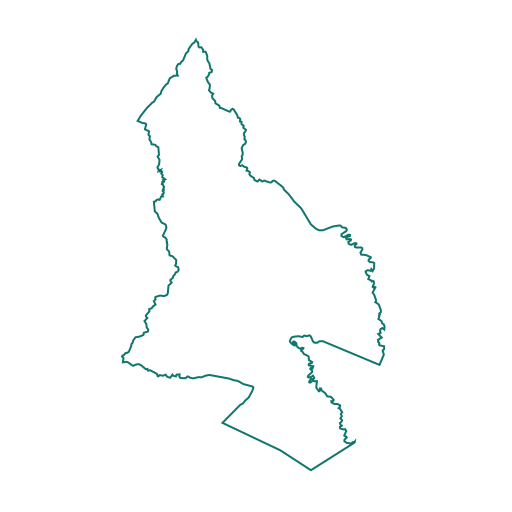 El Cantón Del San Pablo (Managrú), Chocó, Colombia (Albers equal-area conic projection), rotated 21°
{"feature_id": "7082276B94568538347754", "entity_name": "El Cantón Del San Pablo (Managrú)", "entity_type": "district", "adm_level": 2, "iso_a3": "COL", "parent_name": "Colombia", "parent_adm1": "Chocó", "projection": "albers", "projection_center": [-76.776, 5.377], "detail": "fine", "context": "isolated", "style": "outline", "palette": "teal", "viewbox_px": 512, "rotation_deg": 21, "n_neighbors": 0, "source": "geoboundaries", "source_scale": "gbopen_adm2", "svg_char_len": 6141}
<svg xmlns="http://www.w3.org/2000/svg" viewBox="0 0 512 512"><g transform="rotate(21 256 256)"><path d="M167.0,397.9L168.9,398.8L169.8,403.0L173.0,401.2L174.3,401.1L180.6,402.6L182.5,400.6L185.2,399.0L187.6,399.1L193.9,401.2L195.1,400.3L196.3,401.7L198.1,400.6L205.6,401.5L207.4,403.5L208.1,403.2L208.6,401.8L212.1,401.1L214.1,399.2L216.4,400.6L219.5,400.4L220.5,396.7L221.7,397.5L224.4,397.1L224.4,395.2L227.1,393.9L227.6,396.0L229.2,397.0L234.0,395.4L235.3,392.9L238.5,393.2L241.2,392.8L245.7,389.7L248.6,388.8L251.9,385.7L255.3,383.7L274.6,380.1L280.1,379.9L283.7,379.1L290.1,380.1L299.6,379.1L300.7,379.7L300.9,383.1L299.9,390.8L297.8,394.7L296.6,398.4L294.7,400.5L284.5,423.8L348.3,428.7L384.0,436.3L414.9,394.8L414.7,393.8L414.4,394.6L413.1,395.0L412.2,396.9L407.8,398.0L404.8,397.2L404.4,395.7L405.8,393.0L405.1,392.3L403.3,392.3L402.7,391.9L403.0,387.0L401.1,385.7L399.8,386.6L396.3,386.8L395.6,385.3L396.9,383.7L395.4,383.2L394.2,381.8L395.2,380.2L395.3,378.5L393.0,377.4L393.6,374.9L391.8,373.1L392.5,371.0L389.5,368.8L387.7,368.4L388.5,366.6L388.0,365.3L384.9,365.0L382.5,366.1L379.1,365.7L378.3,364.6L380.2,363.4L380.0,362.4L376.4,360.6L372.8,361.5L369.9,359.3L365.1,357.9L364.3,356.4L363.2,356.7L363.7,359.4L363.2,359.8L359.4,357.3L357.7,351.0L355.8,351.9L353.8,351.9L352.0,354.8L351.1,354.9L350.7,354.2L351.4,351.0L353.8,350.4L354.0,348.9L352.1,347.3L350.9,349.0L349.1,350.4L347.7,350.3L347.6,349.1L350.0,344.2L349.5,342.9L347.4,342.2L347.0,341.6L347.4,340.8L349.1,340.6L349.0,338.4L344.6,339.1L344.1,338.7L344.2,337.4L346.4,336.0L346.5,334.9L342.7,334.2L341.4,331.3L340.6,330.7L335.8,330.3L333.7,328.7L332.1,328.4L331.8,327.4L333.3,325.7L333.3,325.0L332.1,325.1L330.6,326.4L329.4,326.8L326.3,325.6L324.8,322.9L322.6,322.1L321.5,322.5L321.4,323.5L323.8,324.3L324.2,325.5L323.7,325.8L320.7,325.1L318.3,323.8L318.1,321.1L318.6,319.1L320.4,317.7L324.3,315.7L328.5,314.9L329.5,313.0L332.0,312.7L334.4,310.9L336.0,311.5L339.8,315.3L341.5,316.0L344.4,315.0L345.6,313.0L348.8,311.6L410.3,313.4L410.7,302.3L408.1,298.9L409.0,296.9L407.9,294.4L403.4,295.1L402.6,294.5L402.4,293.1L400.7,292.3L400.7,291.4L399.9,290.5L402.6,287.1L398.1,285.0L399.9,283.2L398.8,281.8L398.4,279.7L399.8,278.0L402.1,278.7L401.4,276.0L399.9,274.1L398.1,273.7L396.3,271.7L392.8,270.9L392.9,268.5L392.1,267.7L392.7,266.3L391.7,265.6L392.7,263.5L391.7,261.4L387.9,257.2L383.9,256.3L384.2,255.1L383.8,254.1L380.5,250.1L378.0,248.5L378.7,242.4L377.9,242.3L377.0,243.4L375.9,243.0L376.0,239.6L375.1,237.5L373.9,237.3L373.1,238.3L372.0,237.5L369.1,237.3L369.1,234.1L366.5,233.8L364.1,231.8L363.9,230.9L365.4,229.2L368.5,228.7L368.4,227.0L370.3,228.2L370.4,226.1L370.8,225.6L368.9,220.2L367.2,220.0L364.6,220.9L362.9,220.3L362.5,218.9L363.6,217.1L363.6,216.0L358.2,215.7L353.7,217.0L352.3,215.4L353.0,211.9L352.4,210.6L351.2,210.3L346.8,212.1L345.2,212.1L344.5,211.0L345.5,208.6L345.2,208.2L343.8,208.4L340.8,211.5L338.1,211.4L337.1,209.7L338.9,207.5L338.8,206.5L337.6,206.5L334.6,208.0L333.6,206.9L333.9,206.0L336.5,203.7L336.1,202.6L334.5,203.1L331.2,207.0L328.6,206.7L328.0,205.0L331.5,200.1L331.2,198.6L329.7,197.6L326.1,198.4L324.0,197.3L322.3,197.9L316.9,201.1L309.4,207.9L306.1,209.3L302.7,209.2L296.0,206.9L281.3,195.4L272.2,191.5L264.4,186.6L258.2,184.0L257.0,182.4L255.3,181.7L246.2,179.0L244.6,180.0L244.0,181.7L242.3,182.5L236.8,182.6L235.2,184.2L231.8,183.4L230.8,185.8L230.2,186.0L227.2,185.5L226.3,184.0L221.6,182.9L220.5,182.0L220.3,180.0L218.1,179.4L216.6,179.7L216.5,177.4L215.9,176.7L213.0,176.9L210.8,176.2L209.1,177.6L207.6,177.4L207.1,176.3L208.4,170.6L206.9,167.9L207.2,166.4L206.7,164.5L203.9,160.3L204.3,156.9L205.6,155.3L205.8,153.3L204.8,151.7L203.3,151.1L202.7,148.6L201.2,147.2L200.8,145.4L201.6,142.6L201.4,141.8L198.2,140.8L197.8,138.8L195.2,138.1L194.4,135.9L192.8,136.2L192.2,133.7L190.8,133.1L189.4,133.3L188.0,131.2L182.5,127.1L181.3,127.0L180.3,128.5L180.1,130.5L179.1,130.8L170.8,130.3L169.3,130.7L167.9,128.8L163.4,128.0L162.4,126.0L158.6,124.2L157.5,121.8L157.9,119.8L155.4,119.6L152.7,118.2L152.6,116.0L151.6,112.6L148.7,110.8L145.7,107.5L146.7,105.7L147.1,103.1L146.7,101.8L148.7,100.1L148.4,98.1L146.4,97.6L143.4,92.8L141.0,91.2L139.9,89.7L138.8,86.7L136.1,83.7L135.5,83.4L133.4,84.3L132.8,82.5L130.2,80.7L128.3,81.6L127.3,81.2L125.5,77.4L123.1,76.6L122.4,75.7L121.9,78.8L120.5,80.8L118.9,87.0L119.5,88.9L118.0,91.9L117.8,99.5L116.5,102.0L116.4,103.7L114.7,104.6L114.1,106.9L114.4,109.7L116.3,112.2L117.1,114.6L118.3,115.6L114.7,117.2L111.8,121.1L111.8,126.3L110.6,128.1L109.2,132.4L108.6,136.1L108.9,138.7L106.3,143.1L105.5,148.4L104.2,150.0L101.1,156.9L98.2,166.3L97.1,172.3L102.3,172.5L105.0,171.9L106.3,172.3L106.9,177.5L111.5,177.9L112.1,181.3L114.1,182.3L114.6,185.2L117.4,187.4L118.4,189.1L122.1,188.3L123.5,189.2L125.8,189.4L129.2,196.4L128.5,198.4L131.5,200.8L132.7,205.2L132.3,208.8L133.5,209.9L134.6,210.1L134.6,211.5L136.4,209.5L136.4,211.3L137.5,210.7L138.3,211.2L138.0,212.9L139.9,213.9L140.2,216.1L143.6,216.9L142.2,218.2L143.5,218.8L143.5,219.6L142.4,219.7L142.0,220.5L143.0,222.0L141.5,222.5L143.2,222.8L145.4,224.4L145.3,225.6L145.9,226.4L145.3,227.2L146.3,228.0L145.7,228.9L147.1,229.6L147.2,231.4L146.4,232.2L147.8,233.7L146.2,234.4L145.9,238.1L144.0,238.4L142.8,239.8L142.8,240.8L141.2,241.9L145.6,250.7L148.7,251.8L151.9,255.5L155.9,258.6L159.6,258.9L160.8,259.5L162.1,261.4L162.3,263.7L161.8,270.5L163.0,271.2L164.7,271.3L166.7,272.7L167.1,274.0L168.0,274.8L168.1,276.0L169.1,276.9L170.2,281.5L173.3,283.0L175.1,286.4L178.3,286.2L183.0,288.4L184.1,291.8L184.0,293.8L184.9,294.3L187.2,294.3L188.6,296.2L188.8,297.3L188.1,299.3L186.9,300.1L186.8,302.4L185.9,304.4L186.3,305.9L184.7,308.9L184.8,309.7L186.8,311.1L184.9,315.0L186.9,321.9L187.0,323.9L184.8,326.3L180.6,327.3L176.9,330.2L176.9,331.3L177.8,332.6L176.8,334.6L179.6,337.4L177.8,340.1L177.4,342.1L175.3,343.9L176.3,345.7L174.5,351.0L175.2,352.1L176.8,352.8L175.2,356.7L178.1,358.9L179.5,361.8L181.8,363.4L182.1,365.4L178.8,367.8L179.2,370.1L176.0,373.1L172.6,375.1L171.6,379.0L171.9,381.4L171.3,382.5L171.8,385.7L171.6,390.9L170.5,392.6L168.9,393.5L168.3,395.7L167.1,396.7L167.0,397.9Z" fill="none" stroke="#0f766e" stroke-width="2"/></g></svg>